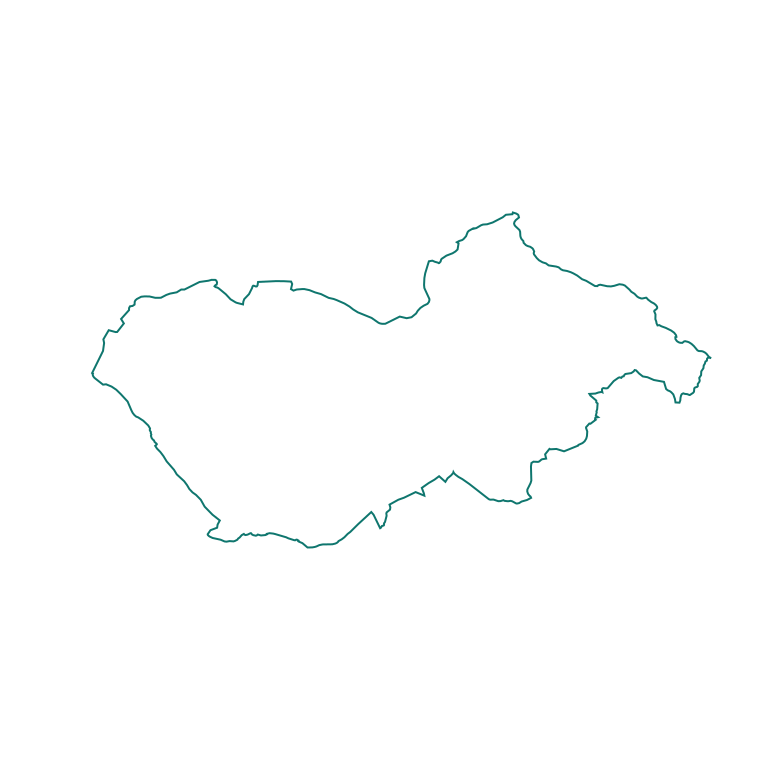 outline of Ubaque, Cundinamarca, Colombia, rotated 307°
{"feature_id": "7082276B28126583048920", "entity_name": "Ubaque", "entity_type": "district", "adm_level": 2, "iso_a3": "COL", "parent_name": "Colombia", "parent_adm1": "Cundinamarca", "projection": "equal_earth", "projection_center": [-73.951, 4.501], "detail": "fine", "context": "isolated", "style": "outline", "palette": "teal", "viewbox_px": 768, "rotation_deg": 307, "n_neighbors": 0, "source": "geoboundaries", "source_scale": "gbopen_adm2", "svg_char_len": 6166}
<svg xmlns="http://www.w3.org/2000/svg" viewBox="0 0 768 768"><g transform="rotate(307 384 384)"><path d="M289.6,135.9L277.7,134.9L275.8,139.8L265.0,139.6L264.0,138.5L261.3,131.8L250.8,133.0L248.3,135.8L241.3,139.7L217.1,144.3L217.2,145.3L216.1,145.7L215.2,147.1L214.7,148.7L214.6,150.3L214.4,160.0L216.5,162.2L218.0,168.0L218.3,173.6L217.5,179.9L215.7,189.8L211.0,198.0L209.7,200.6L209.0,203.2L208.8,205.7L209.4,207.8L209.8,213.9L209.0,220.7L207.7,223.9L206.3,224.6L205.9,225.2L205.3,226.8L204.4,227.3L203.5,228.7L202.4,229.0L201.1,230.8L200.5,232.8L200.5,234.3L199.7,235.5L199.4,238.5L199.0,238.9L196.9,238.5L195.8,241.6L195.1,246.3L193.7,251.2L191.4,257.0L189.1,267.9L187.1,272.9L186.1,282.9L184.7,287.6L183.0,291.7L182.2,296.3L182.3,300.6L181.3,307.3L178.1,314.6L176.4,325.7L176.2,335.0L171.6,335.7L168.8,337.2L162.8,333.4L157.9,333.6L157.4,334.2L157.2,335.6L157.3,337.0L157.9,339.8L161.3,347.2L162.3,351.4L163.3,353.1L165.6,355.2L167.8,358.6L169.1,359.5L171.4,360.6L172.7,360.5L174.6,361.1L177.6,361.3L179.9,362.3L179.7,363.3L180.1,364.4L181.6,365.7L184.4,367.1L184.8,367.6L184.4,369.2L184.6,370.5L185.7,372.9L186.5,373.5L187.8,373.8L189.0,376.9L192.0,380.2L193.5,381.0L193.8,380.6L196.0,382.4L197.9,385.6L198.7,387.5L202.7,398.1L203.2,400.5L205.2,406.2L205.7,407.1L206.9,407.6L207.3,408.2L207.5,409.8L206.9,409.8L206.8,410.5L207.8,414.6L207.4,421.3L210.3,425.0L212.1,426.7L213.6,427.8L216.4,429.3L218.9,431.5L224.9,439.2L227.2,441.1L228.6,441.9L230.2,442.3L231.1,442.2L234.5,443.7L237.7,444.6L242.4,445.2L245.6,446.1L256.5,447.7L274.1,450.9L273.3,454.4L266.5,467.7L267.2,468.0L269.3,467.8L270.8,468.9L271.4,468.9L272.7,467.9L274.5,467.8L280.3,465.4L282.1,463.7L283.1,463.4L287.3,464.4L289.3,463.3L291.0,461.0L300.2,465.1L305.2,468.4L316.7,474.3L319.1,483.4L320.7,481.6L323.8,476.7L331.8,479.3L338.0,481.9L343.5,483.5L342.8,491.9L347.0,491.5L351.5,492.6L354.7,492.8L355.4,492.5L354.8,493.9L354.6,496.0L354.6,499.4L355.2,503.8L355.5,512.4L355.1,537.0L355.5,538.4L357.6,541.0L359.2,545.8L360.6,547.5L363.1,549.3L363.2,550.5L364.1,552.1L365.0,553.6L366.9,555.5L367.5,557.0L368.1,561.2L368.5,562.1L370.2,563.6L372.9,564.6L377.4,568.0L381.6,570.0L382.3,568.8L382.4,567.2L383.0,565.1L384.4,563.1L386.0,562.0L393.0,560.7L395.5,559.8L406.6,551.0L409.6,549.3L411.9,550.1L414.5,553.9L415.6,554.6L418.3,555.2L419.1,555.6L422.0,558.4L424.8,555.0L431.8,555.2L432.0,556.2L435.9,560.8L438.6,568.3L451.6,576.1L452.3,575.9L456.3,578.1L459.0,578.7L462.1,578.4L464.6,577.4L468.4,574.9L470.5,571.8L471.1,571.4L476.0,571.8L476.5,572.8L482.8,574.6L482.8,573.8L484.2,573.1L486.3,574.9L486.2,572.2L489.4,570.9L489.9,570.2L492.2,569.4L497.0,566.3L497.1,564.6L498.5,563.5L499.0,555.7L499.7,554.0L503.6,558.6L506.3,560.4L508.6,562.5L508.8,563.4L510.2,561.8L511.2,561.2L511.9,561.2L512.7,561.6L514.1,564.0L515.3,565.1L524.6,565.7L530.2,567.5L531.2,568.3L531.7,569.8L533.5,569.9L534.4,570.8L536.1,570.5L537.3,570.8L541.5,574.9L544.2,575.8L546.0,575.8L546.6,577.1L545.9,581.4L545.8,586.1L548.0,590.4L549.6,597.1L554.2,606.3L549.8,612.3L549.7,614.4L550.3,616.8L550.3,618.4L549.8,621.3L547.1,625.4L544.7,627.9L546.9,631.2L549.2,630.5L551.4,629.1L553.5,628.2L555.0,627.9L556.6,628.6L557.2,630.3L558.4,632.3L559.0,634.5L559.3,634.9L563.0,636.2L564.4,636.2L567.3,634.4L568.5,634.6L570.3,635.9L571.1,635.9L572.8,634.6L575.7,634.5L576.7,634.1L578.6,632.1L581.9,631.9L585.0,629.8L588.8,629.6L591.2,628.2L593.3,628.0L595.4,627.2L597.0,627.8L598.6,626.8L599.9,626.9L600.7,627.7L601.5,629.7L601.2,627.2L602.2,623.4L602.3,621.5L602.0,619.5L601.5,618.1L599.8,615.6L599.5,614.1L600.8,608.6L601.1,605.5L600.9,602.7L600.5,601.2L599.4,598.7L598.5,598.0L596.4,597.5L595.3,595.9L594.8,594.8L594.5,592.8L594.6,591.8L595.3,589.7L596.7,588.5L597.6,589.2L598.1,588.7L598.8,587.7L599.6,584.8L599.5,581.1L598.4,575.3L597.0,570.7L596.7,568.4L595.4,567.2L596.5,565.1L597.7,563.9L599.1,561.7L603.0,558.9L604.7,556.0L605.5,555.8L607.7,556.5L609.2,556.4L610.1,555.5L610.7,553.5L610.8,551.1L610.3,548.2L610.3,544.0L610.7,542.4L610.7,541.4L607.8,538.9L607.1,537.9L606.3,535.3L606.2,533.5L606.8,529.7L606.5,526.0L607.1,523.2L607.6,517.1L607.0,514.9L605.3,511.9L601.0,508.8L598.5,506.5L596.4,503.4L593.4,496.9L591.9,495.7L590.6,495.5L589.2,493.5L588.1,483.4L586.9,479.1L586.9,473.0L586.3,468.7L585.7,465.9L584.4,462.1L582.5,458.4L582.1,456.4L582.3,453.3L581.4,450.8L577.8,444.1L577.8,440.7L576.6,437.4L576.1,433.4L576.5,430.3L577.8,425.8L578.6,424.8L580.2,424.2L581.4,422.0L581.7,420.9L581.6,418.3L580.6,415.6L580.3,413.7L580.8,410.5L582.0,409.3L582.5,406.7L583.2,405.2L584.3,403.8L587.5,401.1L588.5,399.5L589.1,394.0L589.5,392.6L590.3,391.4L591.8,390.7L594.1,390.6L598.2,391.6L599.7,389.7L599.9,389.0L599.7,387.0L598.5,383.7L596.9,384.4L592.5,379.5L588.6,378.5L578.4,373.6L573.6,370.2L570.9,367.1L569.2,366.0L564.1,363.9L562.4,362.5L562.7,362.5L562.0,361.6L557.2,359.5L555.6,359.4L551.4,360.6L547.6,360.3L546.0,359.8L543.5,358.0L541.1,356.9L541.2,358.9L535.7,361.8L532.8,361.3L529.7,360.1L524.1,356.6L518.9,354.8L517.9,354.7L515.8,355.5L513.8,355.3L513.4,354.9L513.4,354.1L512.2,351.0L511.6,348.4L509.0,346.0L497.2,350.3L492.9,352.5L487.2,356.4L485.0,358.4L484.3,359.6L479.2,369.1L478.3,369.8L476.6,370.5L474.2,370.5L470.5,368.6L466.7,367.3L462.8,366.9L459.6,367.2L453.9,365.8L450.2,362.5L447.3,356.0L432.9,348.8L430.9,346.2L430.0,344.4L429.6,342.8L429.3,334.3L425.5,320.0L425.0,314.5L425.1,309.9L424.5,304.0L422.5,295.6L421.6,292.6L419.5,288.0L417.9,279.6L415.7,273.9L414.1,268.0L411.9,263.3L410.9,261.9L406.9,257.4L404.1,255.5L403.8,252.6L408.6,250.5L409.9,248.2L406.2,242.7L401.3,236.0L389.7,222.0L386.7,223.6L385.5,223.7L384.8,223.1L384.1,220.8L383.8,220.4L382.8,220.3L381.2,220.9L374.5,222.1L367.7,221.3L365.1,222.1L362.7,223.5L360.3,217.8L359.9,216.4L359.3,210.5L360.5,203.6L360.8,197.0L360.9,194.2L360.7,192.8L360.0,191.1L360.1,189.8L361.5,189.9L362.6,190.5L363.3,190.3L364.8,189.4L365.7,187.7L365.6,186.6L363.5,183.7L360.8,181.6L354.5,175.3L339.4,167.8L337.4,165.2L332.5,163.3L327.4,158.7L324.2,156.6L318.6,153.9L315.2,149.5L312.8,144.1L310.0,140.2L307.6,137.6L303.2,135.5L301.2,135.1L299.7,135.4L297.3,137.0L295.0,136.2L293.2,134.4L291.2,134.7L289.6,135.9Z" fill="none" stroke="#0f766e" stroke-width="2"/></g></svg>